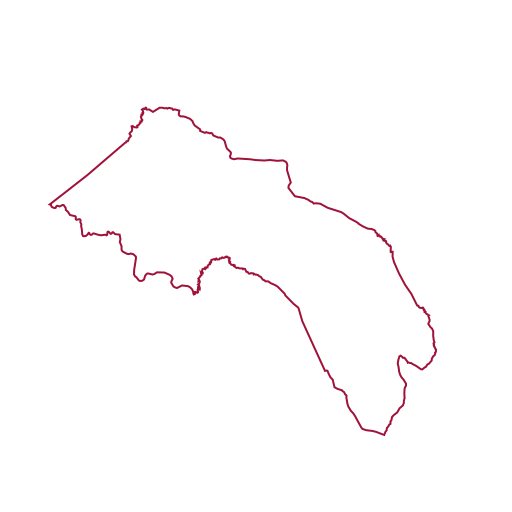 Kaoh Nheaek, Môndól Kiri, Cambodia, rotated 210°
{"feature_id": "14789045B36010441751176", "entity_name": "Kaoh Nheaek", "entity_type": "district", "adm_level": 2, "iso_a3": "KHM", "parent_name": "Cambodia", "parent_adm1": "Môndól Kiri", "projection": "albers", "projection_center": [106.949, 13.127], "detail": "fine", "context": "isolated", "style": "outline", "palette": "rose", "viewbox_px": 512, "rotation_deg": 210, "n_neighbors": 0, "source": "geoboundaries", "source_scale": "gbopen_adm2", "svg_char_len": 6066}
<svg xmlns="http://www.w3.org/2000/svg" viewBox="0 0 512 512"><g transform="rotate(210 256 256)"><path d="M139.8,328.0L140.8,327.5L141.2,326.8L141.5,326.9L143.7,331.2L144.9,332.1L145.5,331.4L147.6,332.1L148.8,332.1L150.1,332.7L150.5,333.7L151.2,334.0L152.1,333.5L152.4,333.8L153.2,333.9L153.1,333.2L153.5,333.2L154.3,333.7L153.7,334.7L155.4,334.4L157.1,335.3L157.9,334.8L158.1,335.1L159.1,335.4L160.3,334.4L160.6,335.4L161.2,334.7L162.3,336.0L164.3,336.3L165.3,337.4L166.9,337.6L169.6,337.1L172.8,335.6L178.0,335.1L183.2,335.2L183.5,335.5L186.4,335.7L194.3,335.4L201.1,336.5L204.2,336.6L218.0,333.6L226.5,333.4L230.4,331.7L232.2,330.3L234.2,330.9L236.0,330.5L238.6,330.8L243.0,330.4L252.2,327.2L262.0,331.2L262.9,333.4L262.6,337.0L271.8,345.6L273.0,347.4L274.3,350.4L276.0,352.0L277.3,352.5L280.4,352.3L285.1,349.1L291.9,346.1L296.5,342.9L304.3,338.9L309.1,337.0L320.6,331.3L323.6,328.7L326.1,328.2L327.1,328.2L328.4,329.3L328.8,331.7L329.4,332.9L330.0,333.3L334.8,334.5L336.4,335.7L340.6,339.8L342.4,340.6L346.0,340.8L347.9,339.7L352.6,339.1L353.3,339.1L355.1,340.2L356.3,340.2L357.5,339.0L358.8,339.0L359.4,338.6L361.0,338.4L361.8,337.1L366.9,336.4L367.7,337.7L374.4,338.4L377.0,339.8L378.3,341.0L381.5,341.8L386.4,341.2L388.8,340.5L391.2,339.2L392.5,339.3L393.3,339.6L393.9,340.4L395.1,343.6L399.6,342.4L400.8,341.1L402.1,341.8L403.6,341.2L404.4,341.2L405.8,340.5L406.5,339.3L407.6,339.3L409.1,338.1L411.0,337.7L413.6,336.2L417.3,329.3L421.8,329.5L424.0,328.1L424.8,328.4L425.2,329.4L425.6,329.4L425.9,329.1L425.6,328.5L426.0,327.5L427.1,327.4L428.0,325.8L426.5,325.1L425.8,324.3L425.9,323.5L425.1,323.4L425.0,322.3L426.0,321.3L425.9,321.0L425.0,321.0L425.3,319.0L423.4,317.2L422.7,317.2L422.3,316.5L422.6,316.0L422.3,315.3L423.4,314.8L422.6,313.5L423.2,312.9L422.9,312.3L423.1,310.9L424.1,309.5L423.1,308.4L423.4,307.7L425.9,306.7L427.8,306.9L428.6,306.1L426.6,304.0L426.2,302.8L426.0,301.9L426.6,300.3L426.7,298.6L424.3,297.4L424.9,294.2L424.4,292.5L424.4,291.3L425.5,290.6L425.4,289.3L425.9,288.8L442.6,241.5L460.4,197.5L459.1,197.8L457.9,196.6L457.1,196.4L454.5,196.7L453.6,197.5L453.8,199.1L453.4,200.0L450.7,200.8L449.1,203.4L448.0,203.9L444.9,202.5L443.7,200.8L440.9,200.2L437.5,198.5L432.4,200.1L431.5,199.7L430.6,197.8L429.5,197.6L427.4,199.6L426.5,199.7L425.8,199.3L425.1,197.5L423.1,196.1L422.4,194.5L420.1,191.9L417.4,188.0L415.8,186.8L415.2,186.9L413.2,188.6L412.7,190.1L412.5,192.4L411.8,192.5L411.1,191.8L409.9,191.6L408.9,192.3L408.5,193.8L407.9,194.4L403.6,195.4L400.6,196.4L397.3,199.0L395.8,199.2L395.5,199.9L396.6,202.5L396.3,203.2L395.5,203.3L393.0,202.5L392.3,203.2L392.2,204.8L391.7,205.1L388.9,204.5L384.8,206.3L381.8,202.8L380.9,200.0L377.3,197.2L375.6,194.3L374.6,193.5L373.2,193.2L368.7,193.4L367.0,194.1L365.8,195.5L363.1,196.2L359.8,195.5L358.8,194.0L354.6,183.1L352.4,179.0L350.3,177.8L349.0,177.8L345.3,176.3L344.2,176.3L342.3,177.5L341.4,179.1L341.3,179.9L342.1,183.4L342.0,184.8L341.5,186.3L340.6,187.0L336.4,188.2L335.2,189.3L333.5,192.4L327.0,195.9L321.6,196.5L319.0,196.2L316.8,194.6L316.6,191.8L316.1,190.5L312.2,188.3L310.0,188.4L308.4,188.8L305.3,193.5L299.8,195.9L297.4,195.9L294.7,195.2L292.5,193.6L291.3,192.0L290.6,191.6L289.8,192.8L290.0,193.4L290.8,193.9L290.9,194.4L290.1,194.8L288.4,194.8L288.1,195.3L288.1,195.9L289.7,197.5L289.8,198.2L288.0,198.7L288.3,199.3L290.0,199.1L290.7,200.1L290.6,200.7L289.6,200.3L289.1,200.6L290.1,201.4L290.7,202.4L291.9,202.3L291.5,204.4L291.9,205.8L293.3,206.9L293.5,206.1L293.9,207.1L294.7,207.6L294.0,210.3L294.3,210.8L293.6,212.0L295.2,213.9L294.1,213.5L293.4,214.1L293.7,214.9L295.2,215.9L295.8,217.8L294.6,219.2L293.5,219.1L293.3,219.8L294.2,220.0L294.3,220.5L293.2,221.5L292.3,221.9L292.9,223.7L292.4,225.3L291.7,225.9L292.0,226.7L292.6,226.9L292.7,227.3L292.5,228.0L291.8,228.2L292.7,230.2L290.9,232.2L289.6,232.3L289.7,233.2L289.1,234.0L287.9,233.5L286.2,234.7L286.1,235.9L285.0,236.5L284.6,237.9L283.6,237.9L282.3,238.9L282.1,239.9L281.3,240.2L281.5,240.5L281.0,241.0L279.2,240.6L278.7,240.7L278.6,241.1L277.6,241.0L277.2,239.9L277.4,239.1L276.9,238.9L276.9,238.2L276.5,237.9L275.6,237.9L275.8,236.9L275.5,236.7L274.5,236.7L273.0,236.1L271.5,236.5L271.1,237.0L270.5,236.5L270.3,237.2L269.8,237.3L269.5,236.6L268.8,236.1L267.1,235.9L266.7,235.9L265.8,236.9L264.2,237.0L261.7,238.3L260.8,238.1L260.8,238.7L259.0,239.3L256.5,237.5L255.3,238.0L253.6,237.2L252.4,237.7L252.1,238.4L249.8,239.6L249.3,239.6L248.8,239.0L248.4,239.6L247.1,239.6L246.4,240.1L244.3,240.5L243.2,240.1L241.4,240.3L238.2,238.9L236.8,239.2L235.1,238.8L232.6,240.2L229.9,239.8L224.6,240.4L222.0,240.3L212.4,237.7L210.8,236.5L199.3,233.3L194.5,232.6L193.2,232.2L183.3,222.7L138.8,191.0L137.5,192.2L136.5,192.2L133.9,190.1L130.7,188.1L127.8,187.3L122.4,181.6L118.8,181.7L114.5,182.7L113.7,182.3L111.5,182.1L109.5,180.7L108.3,180.6L107.5,180.0L107.2,178.9L103.1,173.9L100.8,171.8L96.5,169.4L93.2,168.4L90.7,167.2L79.2,160.2L77.5,159.5L73.6,160.2L67.7,162.7L64.3,163.7L55.5,165.1L56.0,168.7L55.7,170.3L56.6,172.4L56.2,174.7L56.3,176.5L55.6,177.9L56.8,179.8L56.6,181.3L57.7,184.7L57.1,187.2L55.5,191.0L55.5,196.0L54.1,199.9L54.5,202.7L55.5,204.4L56.2,207.1L58.8,211.1L60.7,214.8L61.2,216.3L61.3,218.7L62.2,220.4L66.0,222.5L69.5,223.8L71.8,225.2L74.3,227.5L77.0,231.1L79.4,233.6L80.8,237.2L81.6,240.8L80.9,242.0L78.7,241.7L77.9,241.3L76.5,242.1L72.0,240.2L71.2,239.5L70.9,240.0L69.1,240.3L68.0,240.9L66.3,240.7L62.3,240.9L56.6,240.4L55.2,241.0L54.2,243.9L53.4,245.1L53.4,247.7L52.4,249.1L51.6,253.2L52.4,255.1L52.4,257.7L51.7,259.6L52.1,261.4L52.6,261.9L52.3,263.0L53.4,265.1L54.2,265.2L55.5,266.4L56.5,266.6L57.3,267.9L57.7,267.9L57.8,268.7L58.6,269.2L58.3,270.5L59.9,271.9L62.6,275.4L65.0,279.6L67.4,281.2L69.3,281.6L72.9,283.4L73.2,286.5L73.9,287.7L76.6,290.1L77.0,290.8L76.8,291.1L80.0,291.2L81.2,292.0L81.5,291.9L81.5,292.3L82.1,292.1L82.3,292.7L83.0,292.8L83.0,293.4L84.1,293.4L84.4,294.2L85.0,294.6L85.4,294.7L85.4,294.3L86.2,294.2L87.6,293.2L89.3,293.2L90.5,294.1L91.7,293.7L102.4,300.8L112.5,305.6L123.3,312.3L133.5,319.8L137.4,323.7L139.8,328.0Z" fill="none" stroke="#9f1239" stroke-width="2"/></g></svg>